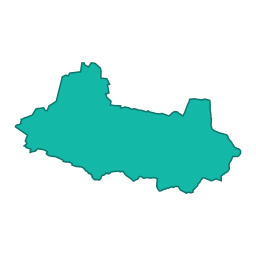 Tarna Mare, Satu Mare, Romania (Albers equal-area conic projection)
{"feature_id": "2599482B73282248803185", "entity_name": "Tarna Mare", "entity_type": "district", "adm_level": 2, "iso_a3": "ROU", "parent_name": "Romania", "parent_adm1": "Satu Mare", "projection": "albers", "projection_center": [23.2, 48.086], "detail": "fine", "context": "isolated", "style": "filled", "palette": "teal", "viewbox_px": 256, "rotation_deg": 0, "n_neighbors": 0, "source": "geoboundaries", "source_scale": "gbopen_adm2", "svg_char_len": 5728}
<svg xmlns="http://www.w3.org/2000/svg" viewBox="0 0 256 256"><path d="M221.2,180.8L221.4,178.1L220.9,176.9L221.3,175.9L221.8,175.6L223.5,174.3L224.7,173.6L225.3,172.7L226.4,172.4L227.6,171.6L229.2,169.2L229.3,168.2L229.0,166.0L229.0,164.8L229.5,162.8L229.9,162.1L230.5,161.5L231.2,160.3L231.8,158.9L232.7,156.5L237.5,156.5L238.7,155.9L240.2,153.9L240.6,153.2L240.6,151.5L240.5,150.8L239.6,149.6L238.5,148.8L237.4,148.6L234.5,147.1L230.9,141.4L229.5,139.9L228.3,138.3L227.7,136.0L226.5,134.9L225.7,134.5L221.4,133.4L219.2,132.8L214.1,130.7L211.9,128.8L211.0,125.4L211.4,118.4L210.8,117.4L210.9,115.4L210.1,109.1L210.2,104.6L209.8,100.5L208.7,100.1L206.7,99.6L204.5,99.1L201.9,99.9L196.4,99.2L194.7,98.8L189.6,99.3L189.5,100.5L189.1,101.7L187.8,104.4L185.2,111.0L184.9,112.0L184.2,113.4L183.8,114.4L183.5,114.9L183.1,115.6L182.7,116.0L180.9,114.5L178.7,113.3L177.1,111.8L176.8,111.9L176.1,111.8L174.8,111.6L173.5,112.1L172.1,113.0L171.4,113.8L170.5,114.5L169.8,115.3L169.0,116.0L162.5,113.6L161.1,113.5L160.2,114.0L154.9,113.4L154.1,113.0L150.0,112.1L148.8,111.7L148.5,111.0L148.0,110.8L147.2,111.5L146.5,111.8L145.6,111.6L143.4,110.9L142.8,110.8L141.7,110.4L140.1,110.2L139.0,110.2L138.5,110.2L137.5,109.6L136.8,109.5L135.8,109.1L134.2,108.7L132.8,109.1L132.3,109.2L130.7,108.9L129.3,108.0L128.8,107.8L127.1,107.5L126.6,107.5L125.1,106.9L124.6,107.1L123.7,107.6L123.2,107.8L121.4,107.8L120.5,107.9L120.7,105.8L114.6,105.6L110.4,105.0L111.0,101.2L107.0,97.5L106.5,96.9L106.5,96.1L106.2,95.4L105.9,94.9L105.5,94.1L105.5,93.9L106.2,93.8L108.2,93.4L108.2,92.5L108.9,92.6L107.5,85.5L107.3,84.8L109.6,84.3L106.8,78.7L100.9,78.2L101.0,70.8L100.3,68.1L95.1,63.4L91.3,62.8L88.5,67.0L84.5,64.7L84.1,63.0L81.9,62.9L80.6,71.8L69.7,73.1L68.4,75.9L65.7,75.2L62.2,76.9L62.0,78.6L59.4,88.6L56.3,101.2L51.9,104.2L49.1,105.7L47.1,110.7L45.2,110.5L43.6,107.8L36.0,108.9L32.1,115.2L26.1,117.5L25.1,117.8L24.4,117.9L23.5,118.5L21.4,119.4L21.1,119.4L21.3,120.3L21.5,120.8L20.8,121.8L20.6,122.5L20.6,122.8L20.9,123.3L20.8,123.8L20.3,124.1L19.6,124.2L19.1,124.5L17.0,125.0L16.5,125.2L16.0,125.6L15.4,126.8L22.9,132.0L24.1,132.8L27.5,135.2L27.5,135.3L27.2,136.0L27.1,136.4L25.9,139.3L25.3,141.1L27.2,143.4L24.2,145.9L26.0,146.5L25.9,147.2L26.0,147.5L26.9,147.8L27.3,147.9L28.1,148.2L29.6,148.7L30.7,149.1L30.8,149.6L30.3,150.6L30.5,150.8L30.3,151.1L30.2,151.5L30.1,152.4L33.1,151.5L35.3,151.1L36.0,150.5L37.0,149.2L37.7,149.0L38.1,148.6L38.7,148.9L40.5,149.2L40.9,149.3L41.6,149.2L42.1,149.5L42.6,149.4L42.8,149.4L44.5,150.1L46.0,150.8L46.8,151.3L47.6,152.1L47.5,152.4L46.5,152.9L46.3,153.3L46.5,153.9L48.1,155.2L49.0,155.7L53.6,156.6L54.9,156.3L55.4,156.6L60.4,158.8L63.1,160.2L63.0,161.0L63.9,161.2L63.8,161.5L66.4,162.1L66.5,161.8L68.1,162.1L69.3,162.1L69.8,162.2L69.8,162.4L72.1,163.4L72.0,165.1L72.6,165.2L73.6,165.7L74.6,166.1L75.7,166.2L75.9,166.3L76.4,166.6L76.8,166.4L77.2,166.5L78.2,166.5L78.6,166.7L79.1,166.4L79.5,166.8L80.1,166.7L80.6,166.7L81.0,167.0L81.7,167.1L82.1,167.3L82.6,167.5L83.3,168.0L84.0,168.5L84.2,168.9L84.4,169.2L85.0,169.5L85.1,170.1L85.5,170.3L85.6,170.6L85.7,170.9L86.5,171.1L87.1,171.5L87.5,171.9L88.0,172.3L88.2,172.9L88.5,173.4L88.9,173.2L89.0,173.2L89.5,173.6L90.1,173.9L90.4,173.6L90.5,173.7L90.9,174.3L91.5,174.6L91.4,175.0L91.5,175.1L91.9,175.4L92.1,175.8L92.2,176.0L92.1,176.6L92.0,176.9L92.2,177.0L92.5,176.9L92.6,177.3L92.8,177.7L92.8,178.0L93.1,178.4L93.2,178.8L93.5,179.0L94.2,179.1L94.5,179.4L94.8,179.5L95.1,179.9L95.5,179.6L96.6,179.7L97.1,179.4L97.5,179.7L98.0,179.8L98.5,180.0L98.8,180.0L99.1,179.9L99.7,179.9L99.8,179.8L99.9,179.1L100.0,179.0L100.6,178.7L100.9,178.3L101.0,177.8L101.0,177.5L101.0,177.3L101.4,176.6L101.6,176.0L101.9,175.6L102.1,175.4L102.6,175.3L103.7,175.2L104.1,174.8L104.4,174.8L104.8,174.6L105.1,173.9L105.5,173.7L105.8,173.1L106.0,173.4L106.3,173.4L107.2,173.7L107.5,173.6L107.4,173.3L107.4,173.0L107.6,172.9L107.7,173.0L107.8,173.3L108.2,173.6L108.3,173.7L108.8,173.8L109.1,173.7L109.7,173.4L110.0,173.2L110.3,172.8L110.8,172.4L111.1,172.0L111.7,171.8L112.6,171.7L113.2,171.5L113.8,171.6L115.3,171.3L116.8,171.4L118.5,171.1L119.1,171.2L119.6,171.6L120.1,171.9L120.5,171.8L121.4,171.4L121.9,171.4L122.9,171.7L123.5,172.0L124.1,172.8L125.1,174.5L125.7,174.9L126.6,175.8L127.7,176.5L129.3,177.6L129.9,178.0L130.7,178.5L132.3,179.9L133.2,181.0L133.4,181.1L134.0,180.9L135.9,179.8L137.7,179.2L138.3,178.4L138.7,177.4L139.0,177.0L139.6,176.6L140.1,176.5L141.0,176.6L141.6,176.8L142.7,177.6L143.2,178.1L143.7,178.2L147.2,177.6L147.6,177.6L149.3,178.0L150.6,178.1L151.1,178.1L151.8,177.8L152.4,177.7L153.9,177.7L155.7,177.9L156.4,178.4L157.5,178.8L157.3,179.1L157.2,179.5L157.2,181.4L156.9,182.7L156.9,183.9L156.8,184.6L156.8,186.3L156.9,186.8L157.2,187.7L157.3,188.0L157.9,189.0L159.3,191.0L159.9,191.0L161.8,190.4L162.9,189.8L163.0,189.6L165.3,189.1L166.0,188.8L166.5,188.4L166.9,188.1L167.7,188.2L169.1,187.9L171.4,186.9L172.1,187.0L173.1,187.3L173.9,187.3L175.4,186.4L175.6,186.3L176.0,186.3L177.0,186.5L178.5,186.6L179.7,189.1L180.1,189.7L181.4,190.6L182.9,191.2L183.6,191.7L184.9,192.2L185.4,192.5L185.9,193.0L186.2,193.2L186.8,193.1L187.0,192.6L188.8,192.4L189.8,192.4L190.0,192.7L191.0,192.8L191.9,192.6L193.0,192.2L193.0,191.7L192.9,191.3L193.0,190.9L193.1,190.3L193.3,189.8L194.0,189.4L194.8,188.5L195.9,187.2L196.8,186.5L197.5,185.7L197.8,185.0L197.8,184.7L197.7,184.5L197.8,184.1L198.3,183.6L198.7,183.2L199.5,182.7L199.8,182.3L200.4,181.0L200.6,180.8L200.7,180.1L201.8,179.3L201.8,178.6L201.9,178.4L202.2,178.1L202.5,178.0L203.1,177.9L203.8,177.9L205.0,178.1L205.6,178.4L206.1,178.8L207.0,179.0L208.4,179.5L210.5,180.5L210.7,180.8L211.7,180.6L212.2,180.6L212.7,180.4L213.0,180.3L213.1,180.1L216.2,178.9L221.2,180.8Z" fill="#14b8a6" stroke="#0f766e" stroke-width="1.5"/></svg>